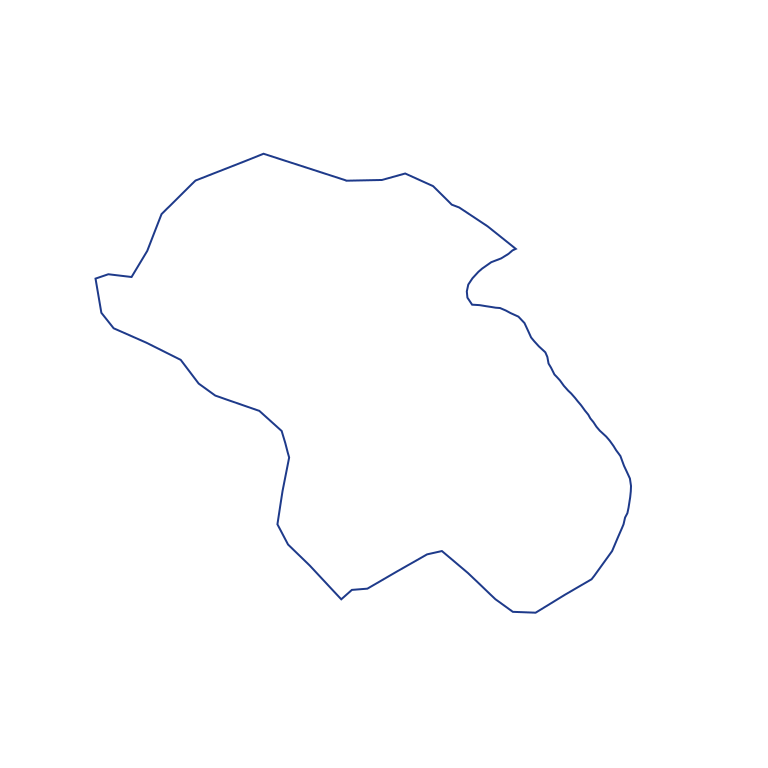 Umu-Nneochi, Abia, Nigeria (Natural Earth projection), rotated 222°
{"feature_id": "59680162B46179290363212", "entity_name": "Umu-Nneochi", "entity_type": "district", "adm_level": 2, "iso_a3": "NGA", "parent_name": "Nigeria", "parent_adm1": "Abia", "projection": "natural_earth1", "projection_center": [7.375, 5.963], "detail": "fine", "context": "isolated", "style": "outline", "palette": "blue", "viewbox_px": 768, "rotation_deg": 222, "n_neighbors": 0, "source": "geoboundaries", "source_scale": "gbopen_adm2", "svg_char_len": 1795}
<svg xmlns="http://www.w3.org/2000/svg" viewBox="0 0 768 768"><g transform="rotate(222 384 384)"><path d="M271.7,195.4L270.1,209.5L259.4,220.8L248.8,253.7L238.0,286.2L229.2,298.6L226.7,298.7L195.2,299.7L176.9,299.2L165.2,298.8L157.2,298.6L135.8,300.9L118.3,315.5L108.6,348.2L99.1,377.8L99.4,382.3L99.7,385.0L102.7,412.5L107.4,426.1L110.8,436.3L112.1,440.0L115.5,446.1L116.7,450.9L119.5,455.7L125.3,464.6L128.8,469.4L132.2,473.5L138.0,478.3L144.5,481.1L150.9,483.8L154.9,485.9L160.2,488.7L160.4,488.7L162.7,489.2L167.2,490.1L171.9,491.5L178.3,492.9L183.6,493.6L192.4,493.7L197.6,494.4L202.9,495.8L207.6,496.5L211.7,497.9L216.9,498.7L221.0,499.6L223.4,500.1L228.6,500.8L232.7,501.5L238.6,502.2L242.7,502.3L249.1,503.0L255.6,504.4L260.6,504.9L263.7,505.1L270.8,507.9L275.4,509.3L280.7,513.4L285.3,515.5L294.1,515.6L301.1,516.3L305.8,517.0L312.2,519.8L320.4,523.3L329.2,524.0L333.3,522.7L337.4,521.4L342.7,520.1L348.6,518.1L352.1,515.4L356.3,512.7L360.4,510.0L365.7,506.6L367.1,505.5L371.6,501.9L379.8,504.0L384.4,508.2L387.9,514.3L389.0,521.8L388.9,530.6L388.3,535.4L385.8,546.3L383.4,551.0L381.0,555.7L378.6,563.9L377.9,569.3L376.5,572.6L412.5,570.5L446.2,565.5L453.7,562.6L456.7,562.8L479.9,563.9L509.1,554.6L522.1,534.2L548.1,509.8L548.6,509.8L627.6,474.5L635.8,457.8L660.2,409.1L660.4,406.6L660.4,405.9L660.5,405.2L661.3,391.0L662.2,374.6L662.3,372.8L662.6,368.8L663.0,361.4L656.5,344.2L649.0,324.5L643.2,294.6L662.3,281.1L668.9,269.3L641.7,247.8L626.9,245.3L622.2,244.5L588.2,255.7L551.2,265.9L522.0,260.3L501.6,262.5L497.4,264.3L491.8,266.6L459.6,280.2L458.8,280.6L428.6,280.6L425.0,278.4L417.9,274.1L409.9,268.8L405.3,265.9L402.0,260.4L387.8,236.6L381.2,226.5L369.3,208.4L365.2,206.9L347.9,200.5L317.7,199.4L284.6,196.5L271.7,195.4Z" fill="none" stroke="#1e3a8a" stroke-width="2"/></g></svg>